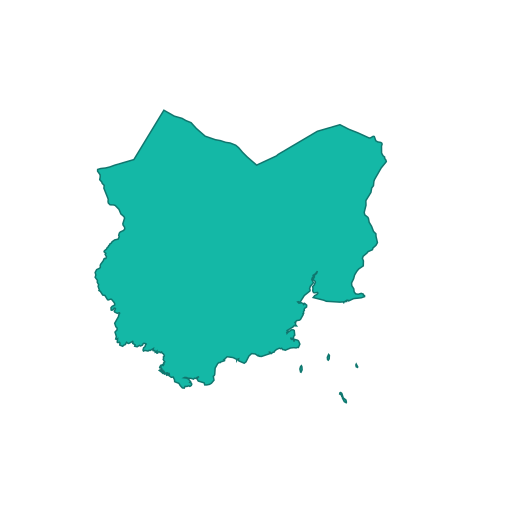 Mocimboa Da Praia, Cabo Delgado, Mozambique (Natural Earth projection), rotated 64°
{"feature_id": "85939544B54758933622764", "entity_name": "Mocimboa Da Praia", "entity_type": "district", "adm_level": 2, "iso_a3": "MOZ", "parent_name": "Mozambique", "parent_adm1": "Cabo Delgado", "projection": "natural_earth1", "projection_center": [40.265, -11.404], "detail": "fine", "context": "isolated", "style": "filled", "palette": "teal", "viewbox_px": 512, "rotation_deg": 64, "n_neighbors": 0, "source": "geoboundaries", "source_scale": "gbopen_adm2", "svg_char_len": 6157}
<svg xmlns="http://www.w3.org/2000/svg" viewBox="0 0 512 512"><g transform="rotate(64 256 256)"><path d="M333.3,384.2L336.7,381.1L339.3,380.9L342.3,380.0L343.3,378.4L342.1,377.0L343.0,375.2L343.2,373.3L344.2,372.6L344.0,370.9L343.0,369.9L341.7,369.9L340.6,370.9L340.3,369.9L337.1,370.6L335.2,372.1L333.9,374.1L333.9,373.2L335.0,371.4L335.9,370.9L337.5,368.0L339.3,366.1L338.8,365.0L339.7,363.6L339.3,362.2L339.4,360.1L339.9,361.9L340.7,362.9L343.1,362.7L347.3,358.2L349.4,358.6L350.3,356.7L351.0,354.0L350.8,351.8L349.2,348.2L345.4,347.1L345.0,345.7L344.3,345.0L338.9,341.9L335.9,337.6L335.5,336.0L336.1,335.1L335.8,333.9L336.3,330.2L335.8,329.8L335.1,330.3L333.9,326.0L337.2,321.2L340.5,318.6L341.4,319.0L340.7,318.0L340.8,316.7L341.7,317.4L342.8,317.4L347.2,313.6L346.8,311.5L342.8,306.2L341.8,302.7L343.7,299.6L346.5,298.1L346.5,297.2L347.5,297.2L348.7,295.1L349.8,286.5L348.3,286.1L348.7,285.5L350.1,285.5L350.4,285.1L350.0,283.2L350.3,281.7L349.6,280.9L349.0,278.5L349.1,275.4L350.2,274.4L350.2,273.4L352.0,272.9L352.6,271.7L353.5,271.1L353.8,265.3L355.0,262.1L356.2,260.2L356.3,258.8L356.8,258.0L354.4,255.2L351.1,255.0L350.0,255.5L347.9,257.8L349.6,259.4L347.4,258.8L346.6,260.6L345.5,260.9L345.1,260.5L345.8,260.0L346.2,258.3L344.7,257.3L344.2,255.9L339.7,254.3L338.7,254.9L337.9,256.5L338.6,260.7L339.2,262.1L338.1,261.9L337.9,260.0L337.6,260.5L336.6,260.7L336.0,253.9L335.5,253.0L335.5,252.2L336.6,250.2L334.6,250.6L333.4,249.6L332.8,250.0L331.9,247.8L332.7,245.1L332.5,243.8L329.4,239.3L328.4,239.1L328.4,238.3L326.8,237.7L326.0,236.3L325.0,236.1L324.4,235.2L324.0,232.9L322.4,232.0L319.8,233.1L319.7,233.6L320.4,233.9L320.5,234.5L319.7,234.4L317.4,236.1L317.7,236.7L317.3,238.1L315.5,238.7L315.6,237.9L316.6,237.1L316.5,236.1L312.7,229.9L311.1,222.9L310.3,222.3L309.0,222.3L307.0,220.4L305.2,216.1L301.6,216.2L300.3,215.0L299.8,213.5L298.4,213.2L298.0,210.3L296.5,207.4L298.3,209.3L298.9,212.0L300.6,212.8L301.7,214.7L302.4,214.9L304.8,213.9L305.6,214.1L307.5,216.3L308.4,218.6L309.7,218.8L312.2,220.3L314.1,220.3L314.7,219.6L315.7,216.7L316.5,216.6L317.3,218.0L317.3,220.5L318.4,222.8L325.6,214.3L327.5,212.7L334.3,200.7L335.4,197.9L336.4,197.6L335.8,196.9L336.5,194.7L335.7,195.0L335.6,193.6L336.2,192.6L337.0,192.4L337.1,186.9L339.7,179.7L340.1,176.2L339.1,175.8L338.4,176.6L337.3,176.3L335.7,177.8L335.2,180.9L333.7,183.0L331.2,183.5L328.4,182.5L324.6,182.9L322.1,181.9L319.3,178.3L316.3,175.7L314.0,172.2L312.7,169.4L311.9,163.9L307.5,161.6L304.8,161.4L303.2,159.8L302.0,155.0L301.2,153.4L301.4,148.6L300.1,147.4L299.0,143.5L297.2,141.0L290.9,139.5L288.6,138.5L285.4,139.6L280.0,139.1L275.3,139.5L271.6,138.5L270.3,138.5L266.7,140.2L264.2,139.6L258.6,134.9L254.4,133.0L249.2,124.8L245.6,122.2L244.3,119.6L240.7,117.4L239.2,115.9L231.8,105.0L228.3,97.5L226.7,97.2L224.5,97.6L223.5,97.0L221.5,97.9L218.5,98.0L212.2,95.0L210.7,93.6L209.6,93.5L208.6,94.1L206.8,96.6L204.9,97.8L200.5,97.3L199.8,98.2L200.0,101.5L199.5,102.6L190.0,110.4L182.8,117.0L174.8,123.0L170.8,146.2L174.4,191.5L175.0,193.7L174.6,215.6L163.1,220.5L156.7,222.7L151.1,224.1L147.5,225.7L143.1,229.7L140.5,233.5L136.7,237.4L133.7,241.5L126.0,249.2L115.0,253.8L107.7,255.9L103.6,259.6L99.9,262.1L94.5,268.1L84.6,274.9L115.8,323.5L112.4,343.3L111.9,348.3L110.9,352.8L109.3,357.2L108.8,360.4L110.3,361.2L114.7,360.5L116.7,361.4L118.9,363.0L121.9,362.2L123.4,362.4L126.0,361.5L128.4,363.0L140.1,363.9L142.4,365.2L143.7,365.5L146.0,364.7L147.6,361.7L148.7,360.5L149.7,360.1L154.0,358.7L159.0,359.0L162.7,357.4L164.3,357.5L168.6,361.5L169.9,361.9L172.3,361.5L174.1,362.1L175.0,363.8L174.9,367.4L175.5,368.8L177.3,370.4L178.8,370.5L180.4,372.6L179.6,375.9L180.1,379.1L181.0,380.5L181.2,382.3L182.0,382.9L182.2,384.0L183.0,384.7L183.2,386.0L184.3,387.4L184.8,389.9L185.6,390.7L187.7,389.8L188.4,390.9L191.1,390.7L192.2,391.8L192.4,392.3L191.8,393.1L192.0,394.0L193.3,395.3L195.3,399.2L196.1,400.1L198.0,400.9L198.4,402.0L198.4,405.2L200.3,407.8L202.9,408.3L204.6,409.9L208.4,409.2L210.0,410.2L212.8,410.0L214.0,411.2L217.9,411.7L218.2,412.3L219.6,411.4L223.9,410.9L225.2,409.1L230.2,408.6L230.7,408.1L231.1,405.4L231.7,404.8L235.6,403.9L236.8,403.9L238.1,404.5L238.2,407.4L238.9,409.0L241.0,409.9L241.5,409.5L241.7,408.3L240.7,406.4L241.0,405.6L241.8,405.4L243.6,407.6L244.5,407.5L246.8,405.7L247.0,403.8L247.3,403.6L247.9,403.8L248.6,405.0L250.2,406.2L254.5,412.5L258.2,413.0L259.4,412.5L260.3,412.6L261.4,413.2L262.6,416.1L267.2,416.8L269.1,418.5L269.7,417.9L269.6,416.6L272.6,418.5L273.3,418.1L273.7,416.5L274.8,416.5L276.3,417.5L278.4,415.7L278.7,415.4L278.2,413.9L278.3,412.3L276.8,410.1L278.3,409.4L278.8,408.8L278.7,404.3L279.5,404.3L280.5,405.1L282.8,403.6L283.9,404.6L285.5,402.6L285.2,400.1L286.3,399.2L286.3,397.1L285.3,395.8L285.3,394.9L286.5,393.5L287.0,393.3L287.7,394.6L288.7,395.2L289.3,397.3L291.0,398.8L292.1,398.8L292.2,397.2L294.1,394.7L293.9,393.4L294.5,392.6L294.2,388.8L295.7,390.0L296.1,389.9L296.5,388.5L298.3,388.8L298.0,386.8L299.3,387.8L300.0,387.6L300.1,386.8L299.6,386.4L299.5,385.7L299.9,384.8L300.9,384.5L300.9,382.9L302.3,382.9L303.3,382.1L305.4,382.1L305.9,382.5L306.1,383.5L307.3,383.8L308.3,384.8L311.1,384.4L311.6,385.9L312.6,386.0L312.6,387.1L313.3,386.9L313.7,387.4L312.7,388.4L312.5,389.7L313.0,390.2L313.4,389.9L313.6,391.2L314.0,391.5L314.7,391.3L315.1,390.2L315.9,390.1L316.8,391.3L316.3,392.1L316.4,393.1L318.4,392.1L318.4,391.6L317.3,390.5L317.7,389.8L318.7,389.7L319.0,390.4L318.7,391.3L319.2,391.7L320.7,391.2L321.0,390.6L319.5,389.8L319.5,389.3L320.4,389.3L321.2,390.1L322.0,390.0L321.7,387.9L322.2,386.9L323.1,387.3L323.3,388.6L324.1,388.5L324.3,387.0L323.1,386.4L323.4,385.6L324.4,385.7L325.3,386.7L327.9,385.3L328.5,383.5L331.5,383.5L333.3,384.2ZM425.6,240.5L427.4,239.3L427.0,238.8L424.8,238.3L421.8,239.8L417.1,239.1L415.8,239.7L415.7,240.4L416.7,241.3L418.6,240.1L419.9,240.5L420.5,240.1L421.5,240.6L425.6,240.5ZM380.2,266.5L378.6,264.5L375.7,263.3L374.5,263.3L374.9,264.4L376.8,266.1L379.8,266.8L380.2,266.5ZM380.5,237.1L381.3,236.7L380.5,235.3L377.5,233.6L376.3,233.9L378.3,236.3L380.5,237.1ZM400.3,213.2L397.1,213.3L397.7,214.0L399.5,214.5L400.6,213.6L400.3,213.2Z" fill="#14b8a6" stroke="#0f766e" stroke-width="1.5"/></g></svg>